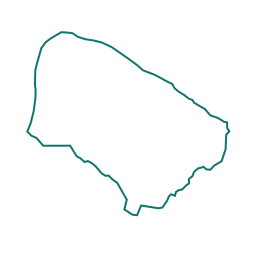 Barh-Signaka, Guéra, Chad (Robinson projection), rotated 9°
{"feature_id": "50815135B50589595383303", "entity_name": "Barh-Signaka", "entity_type": "district", "adm_level": 2, "iso_a3": "TCD", "parent_name": "Chad", "parent_adm1": "Guéra", "projection": "robinson", "projection_center": [18.652, 10.779], "detail": "fine", "context": "isolated", "style": "outline", "palette": "teal", "viewbox_px": 256, "rotation_deg": 9, "n_neighbors": 0, "source": "geoboundaries", "source_scale": "gbopen_adm2", "svg_char_len": 1317}
<svg xmlns="http://www.w3.org/2000/svg" viewBox="0 0 256 256"><g transform="rotate(9 128 128)"><path d="M29.1,147.3L33.8,150.7L39.2,152.2L47.0,158.8L62.1,156.4L73.6,154.5L81.7,163.9L85.9,165.4L90.4,168.4L93.5,166.9L98.4,168.7L102.1,171.0L105.3,173.7L108.8,176.7L113.1,178.7L116.4,178.1L121.0,181.4L125.9,183.8L138.0,199.0L137.2,209.0L145.9,212.9L150.6,212.7L153.1,202.5L170.6,202.5L174.0,201.3L174.4,201.2L178.1,193.4L179.1,189.2L180.7,187.1L181.0,186.7L184.9,187.6L185.4,183.7L185.6,183.6L187.6,181.6L191.2,180.2L194.2,175.9L197.0,173.2L196.1,168.9L199.3,165.3L200.0,161.3L203.2,157.2L208.7,154.6L211.8,156.6L216.0,156.3L218.3,152.7L218.9,151.8L224.1,147.4L224.7,146.9L224.8,146.8L225.3,146.4L225.6,146.2L227.7,133.8L226.1,119.1L228.6,115.5L226.0,112.6L225.0,107.0L222.0,106.9L219.6,105.8L214.8,103.9L207.2,102.6L201.1,97.3L193.5,94.4L189.2,92.6L187.3,90.3L186.3,90.1L184.9,89.8L183.5,89.5L178.4,86.7L174.4,85.0L172.2,84.1L167.7,81.4L164.8,77.6L159.5,76.0L146.1,71.3L133.8,68.7L127.4,64.6L116.1,58.8L107.6,54.7L99.3,50.7L88.6,47.6L80.1,46.9L71.9,47.0L64.0,45.7L58.5,43.1L53.4,43.2L47.3,43.8L42.5,47.6L37.4,51.9L33.4,56.0L29.9,62.7L28.1,77.6L27.9,78.5L27.9,79.0L27.9,79.5L27.6,83.2L27.4,85.4L29.4,100.1L30.7,104.4L31.9,113.3L32.2,126.4L31.2,138.1L29.1,147.3Z" fill="none" stroke="#0f766e" stroke-width="2"/></g></svg>